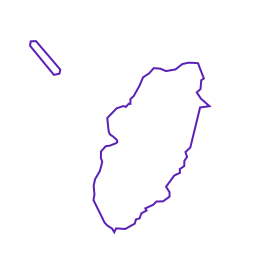 the district of Merizo, Guam, rotated 81°
{"feature_id": "77769853B7245743220793", "entity_name": "Merizo", "entity_type": "district", "adm_level": 2, "iso_a3": "GUM", "parent_name": "Guam", "parent_adm1": "", "projection": "natural_earth1", "projection_center": [144.684, 13.261], "detail": "fine", "context": "isolated", "style": "outline", "palette": "violet", "viewbox_px": 256, "rotation_deg": 81, "n_neighbors": 0, "source": "geoboundaries", "source_scale": "gbopen_adm2", "svg_char_len": 1140}
<svg xmlns="http://www.w3.org/2000/svg" viewBox="0 0 256 256"><g transform="rotate(81 128 128)"><path d="M157.0,69.5L147.4,65.5L134.6,60.1L119.0,53.6L119.2,44.1L110.4,51.4L103.6,54.5L100.9,50.3L92.3,48.2L91.0,45.3L79.0,47.9L75.0,48.6L73.7,54.1L73.0,58.1L73.3,64.2L77.6,72.0L77.7,81.6L74.5,86.7L72.9,93.2L77.3,98.5L80.3,105.2L88.0,110.0L97.4,117.4L99.7,121.0L104.6,121.9L104.2,123.6L106.8,126.7L105.6,129.3L106.8,136.2L114.9,146.9L123.7,147.4L128.6,147.6L131.5,146.8L133.8,144.4L136.8,141.8L138.5,140.7L140.5,140.9L141.2,142.4L142.6,148.7L142.5,152.8L146.9,158.3L153.3,159.5L157.3,158.7L161.6,160.5L166.0,162.5L173.5,168.6L179.9,171.0L188.4,171.5L193.7,173.4L217.9,165.9L221.2,163.6L224.9,159.4L228.8,157.9L225.3,155.5L227.3,146.4L223.5,136.3L219.6,134.5L219.1,130.7L214.4,128.2L212.4,122.6L210.1,123.4L207.8,115.2L205.1,111.4L205.9,104.9L202.4,97.8L198.0,97.0L192.0,99.6L182.2,89.8L180.4,83.7L176.7,83.3L174.4,78.4L169.3,77.5L165.8,74.2L160.7,75.0L157.0,69.5ZM27.8,205.3L27.2,210.5L31.4,211.9L48.0,202.2L63.9,192.9L63.9,191.9L63.6,187.2L59.7,185.8L52.1,190.4L34.0,201.5L27.8,205.3Z" fill="none" stroke="#5b21b6" stroke-width="2"/></g></svg>